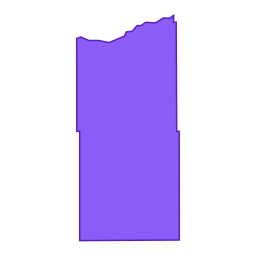 the district of Rock, Nebraska, United States of America
{"feature_id": "52423323B87460612121029", "entity_name": "Rock", "entity_type": "district", "adm_level": 2, "iso_a3": "USA", "parent_name": "United States of America", "parent_adm1": "Nebraska", "projection": "albers", "projection_center": [-99.446, 42.445], "detail": "fine", "context": "isolated", "style": "filled", "palette": "violet", "viewbox_px": 256, "rotation_deg": 0, "n_neighbors": 0, "source": "geoboundaries", "source_scale": "gbopen_adm2", "svg_char_len": 395}
<svg xmlns="http://www.w3.org/2000/svg" viewBox="0 0 256 256"><path d="M79.7,240.6L179.3,240.0L179.2,131.3L176.7,131.3L176.2,22.2L173.6,22.1L173.6,15.4L169.5,18.3L163.7,17.9L155.3,22.9L145.8,22.3L140.8,25.7L137.2,25.5L132.1,31.3L126.3,31.9L124.5,36.1L109.0,42.6L98.8,40.5L88.8,40.5L80.8,37.0L76.7,38.4L76.8,131.3L79.7,131.3L79.7,240.6Z" fill="#8b5cf6" stroke="#5b21b6" stroke-width="1.5"/></svg>